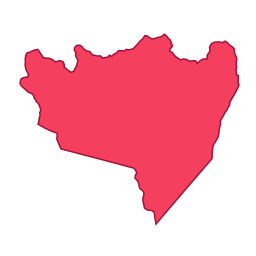 Mata Roma, Maranhão, Brazil, rotated 2°
{"feature_id": "56859067B26606405776491", "entity_name": "Mata Roma", "entity_type": "district", "adm_level": 2, "iso_a3": "BRA", "parent_name": "Brazil", "parent_adm1": "Maranhão", "projection": "albers", "projection_center": [-43.235, -3.651], "detail": "fine", "context": "isolated", "style": "filled", "palette": "rose", "viewbox_px": 256, "rotation_deg": 2, "n_neighbors": 0, "source": "geoboundaries", "source_scale": "gbopen_adm2", "svg_char_len": 2402}
<svg xmlns="http://www.w3.org/2000/svg" viewBox="0 0 256 256"><g transform="rotate(2 128 128)"><path d="M76.9,46.9L73.5,47.4L71.8,49.8L71.6,52.1L73.3,54.5L73.0,57.0L73.9,59.4L75.6,61.7L75.1,64.7L74.3,67.9L72.7,70.9L71.7,73.4L68.9,74.3L65.0,71.6L62.1,69.3L62.1,66.7L60.7,64.0L57.0,62.9L55.3,63.9L52.8,64.4L50.4,62.5L47.0,61.1L43.9,61.0L40.9,60.8L39.7,58.9L37.3,55.6L35.3,52.6L32.4,53.2L29.9,54.2L27.0,55.8L24.2,56.6L23.3,59.2L22.9,62.3L23.1,65.5L23.0,69.3L24.1,73.5L26.6,77.9L26.5,80.2L21.6,81.4L19.5,82.7L18.6,85.4L18.7,87.7L20.2,90.0L23.1,92.2L25.2,94.2L27.5,95.9L30.5,96.9L32.4,98.7L33.1,101.2L34.5,102.8L35.3,104.8L37.0,106.0L38.6,108.6L39.7,111.5L40.2,113.7L39.2,115.6L39.7,118.2L38.8,122.4L38.6,124.9L37.9,127.3L45.1,131.1L51.1,133.7L57.4,135.7L57.4,138.9L57.2,141.4L61.6,151.2L91.3,157.9L96.0,158.9L135.6,168.0L137.2,170.3L138.3,172.7L137.0,175.1L136.7,177.8L138.8,179.8L140.1,181.7L140.9,184.1L141.4,187.0L142.7,188.8L144.4,189.8L145.8,191.4L146.2,194.0L145.3,197.6L145.5,200.5L146.6,204.6L147.2,207.3L149.5,209.0L152.2,209.6L154.8,209.6L157.2,211.6L157.8,215.6L159.3,223.0L184.8,190.9L212.8,156.0L213.2,153.2L212.9,151.2L213.2,148.4L213.3,145.0L213.9,142.1L215.8,138.9L217.1,136.3L218.2,134.1L218.8,131.6L219.1,129.6L219.1,127.0L219.7,123.6L220.4,120.6L220.0,118.2L220.9,115.9L222.5,113.3L223.5,111.1L224.6,108.8L226.4,106.3L227.1,104.2L228.7,101.9L228.7,99.6L229.6,97.3L231.0,94.5L232.6,91.7L234.4,88.2L236.0,84.7L237.4,81.4L236.5,78.5L236.5,75.1L236.5,71.8L234.5,71.0L234.5,68.8L233.9,66.0L234.5,63.7L233.8,60.7L234.1,57.1L234.2,54.1L232.8,51.4L231.7,48.8L231.6,45.7L229.8,43.5L226.8,41.6L224.7,39.6L222.1,37.8L219.2,39.4L215.9,38.8L211.9,39.1L208.9,40.5L207.6,42.2L206.7,44.4L207.3,48.0L205.9,50.4L204.6,52.7L204.5,56.3L200.8,56.4L197.6,58.3L194.9,61.2L193.9,58.9L191.6,58.3L188.9,58.9L186.6,58.9L184.0,57.4L180.4,57.1L178.4,58.1L176.4,57.1L173.8,55.5L171.8,53.8L169.8,51.1L167.0,50.0L167.2,47.8L169.6,44.6L168.1,41.0L167.3,38.7L165.1,37.0L164.0,35.3L161.1,33.0L158.8,34.9L156.9,36.1L154.8,36.4L152.3,37.4L148.9,38.2L146.3,36.9L143.9,35.3L141.4,35.2L139.5,38.7L137.5,40.0L135.0,43.4L132.4,46.2L130.3,48.7L126.2,49.9L123.4,49.5L121.9,51.1L119.4,51.0L116.0,51.0L113.7,53.5L111.0,55.0L109.2,57.0L106.9,55.9L105.6,57.8L102.9,58.3L100.2,59.1L98.1,56.9L95.1,57.1L92.3,56.6L89.6,56.1L87.3,53.0L84.1,52.4L81.3,50.8L79.0,48.3L76.9,46.9Z" fill="#f43f5e" stroke="#9f1239" stroke-width="1.5"/></g></svg>